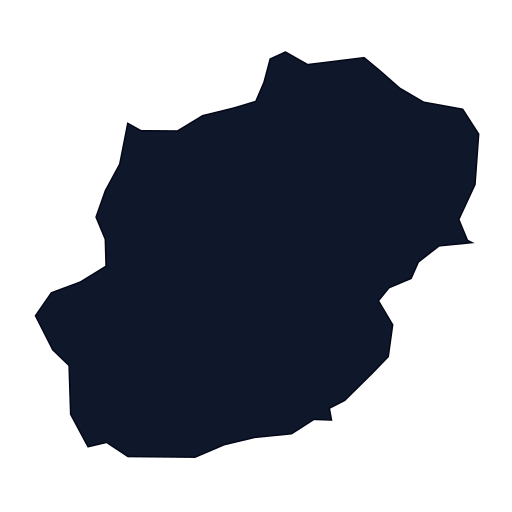 outline of Skinnskatteberg, Västmanland, Sweden, rotated 92°
{"feature_id": "70781695B12351867111175", "entity_name": "Skinnskatteberg", "entity_type": "district", "adm_level": 2, "iso_a3": "SWE", "parent_name": "Sweden", "parent_adm1": "Västmanland", "projection": "mercator", "projection_center": [15.738, 59.815], "detail": "fine", "context": "isolated", "style": "filled", "palette": "ink", "viewbox_px": 512, "rotation_deg": 92, "n_neighbors": 0, "source": "geoboundaries", "source_scale": "gbopen_adm2", "svg_char_len": 776}
<svg xmlns="http://www.w3.org/2000/svg" viewBox="0 0 512 512"><g transform="rotate(92 256 256)"><path d="M54.0,154.9L62.9,211.1L51.1,233.7L58.6,248.7L82.2,254.1L101.5,261.6L109.1,284.1L117.6,314.2L133.8,338.9L134.8,375.4L127.9,388.8L169.0,395.4L195.9,408.8L222.7,417.2L244.5,407.2L271.4,405.5L288.1,430.6L299.9,459.2L323.4,474.3L356.9,455.8L372.0,439.0L420.7,435.7L452.5,417.2L452.3,416.4L447.5,398.8L460.9,377.0L459.2,309.9L445.8,281.4L437.4,251.2L432.4,214.3L417.3,192.5L417.3,174.8L405.6,177.4L397.2,162.3L368.7,135.4L351.9,120.3L320.0,117.0L296.5,132.1L283.1,122.0L273.0,100.2L256.3,93.5L239.5,73.4L235.1,40.6L233.0,45.2L212.4,54.6L176.9,39.6L126.4,37.7L102.1,54.6L96.4,93.9L83.3,118.2L66.5,138.7L54.0,154.9Z" fill="#0f172a" stroke="#020617" stroke-width="1.5"/></g></svg>